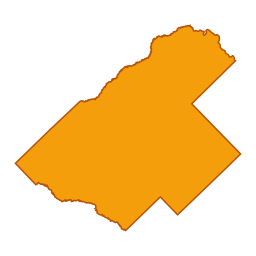 the district of Zapala, Neuquén, Argentina
{"feature_id": "61730980B1496247249680", "entity_name": "Zapala", "entity_type": "district", "adm_level": 2, "iso_a3": "ARG", "parent_name": "Argentina", "parent_adm1": "Neuquén", "projection": "albers", "projection_center": [-69.903, -38.894], "detail": "fine", "context": "isolated", "style": "filled", "palette": "amber", "viewbox_px": 256, "rotation_deg": 0, "n_neighbors": 0, "source": "geoboundaries", "source_scale": "gbopen_adm2", "svg_char_len": 5619}
<svg xmlns="http://www.w3.org/2000/svg" viewBox="0 0 256 256"><path d="M125.7,230.5L160.3,196.9L177.6,214.8L223.5,170.6L240.6,154.0L191.7,103.8L235.4,60.8L234.8,60.6L234.5,60.1L234.2,57.7L233.2,56.0L232.4,55.8L231.1,56.9L229.6,57.1L228.5,55.0L225.8,53.2L224.9,50.8L224.5,50.4L222.6,49.9L220.3,47.4L220.1,46.8L220.2,45.3L219.7,44.1L219.2,43.4L218.3,42.9L218.2,42.4L218.4,41.7L219.1,40.9L219.3,40.0L219.4,38.7L219.1,36.4L218.2,35.7L217.6,34.8L217.1,34.6L215.6,35.2L214.8,35.0L213.0,33.2L211.6,32.7L210.2,31.1L209.1,30.4L208.9,30.1L207.7,29.6L206.7,29.8L206.5,30.0L206.3,30.7L205.9,31.0L206.5,32.5L206.3,33.2L204.8,35.0L204.4,35.2L203.9,35.1L203.4,34.6L203.3,33.9L204.0,32.7L204.2,31.8L204.0,31.5L202.8,31.2L201.8,31.4L200.8,30.3L200.1,30.1L199.5,30.4L198.4,31.4L197.5,31.3L196.9,30.8L195.7,30.6L194.1,31.1L193.7,30.9L193.2,30.0L192.6,27.8L191.8,27.6L191.4,26.9L190.7,27.0L190.2,26.6L190.0,25.5L189.8,25.7L189.8,26.4L189.4,26.2L189.2,25.7L188.3,25.9L187.8,25.7L187.3,25.8L186.9,26.3L186.5,26.1L186.0,26.5L185.6,26.1L185.0,26.6L183.6,26.6L182.8,27.3L182.6,26.9L182.2,26.9L182.0,27.4L181.2,27.3L180.7,28.0L180.3,27.4L179.6,27.8L178.6,27.7L177.4,29.1L177.6,29.3L177.5,29.8L177.0,30.1L176.9,30.7L176.4,30.8L175.7,31.7L174.4,31.6L173.5,31.9L173.5,32.6L173.0,33.1L172.0,33.3L171.8,33.7L171.1,33.7L171.0,34.0L171.1,34.6L170.7,34.6L170.5,35.1L169.6,35.1L169.0,35.7L168.3,35.5L167.0,36.1L165.7,35.3L165.5,35.6L165.0,35.4L164.5,35.9L164.1,35.2L163.8,35.9L163.0,35.7L162.7,35.9L162.5,36.7L161.8,36.1L161.3,36.7L160.7,36.9L160.2,36.8L159.6,36.2L159.1,36.3L158.6,36.0L158.0,36.3L157.7,36.8L157.2,36.8L157.4,37.4L156.8,37.6L156.2,38.4L155.5,38.6L155.0,38.3L154.8,38.5L154.9,38.9L153.9,38.8L154.0,39.8L152.9,39.9L152.8,41.1L152.9,41.8L152.6,42.0L152.5,42.5L151.6,42.9L151.6,43.6L151.2,43.8L151.5,44.6L151.3,45.0L151.4,45.5L150.9,46.2L150.8,46.7L151.2,47.6L150.7,48.0L151.0,48.5L151.5,48.8L151.1,50.2L151.2,50.9L150.8,51.5L151.4,51.7L150.9,52.5L151.0,52.9L150.3,53.1L150.5,53.9L149.8,54.6L150.0,55.2L149.3,55.4L149.3,55.7L149.7,56.0L148.5,56.9L148.0,57.5L148.5,57.8L148.4,58.1L147.3,58.2L146.9,57.9L146.1,58.6L145.4,58.5L144.8,58.8L144.8,59.6L144.0,59.5L143.6,59.8L142.8,59.6L142.6,59.9L142.7,60.3L141.7,60.1L141.6,60.5L141.9,60.7L141.7,61.0L139.5,61.8L139.3,62.3L138.9,62.6L138.6,62.6L137.9,62.2L137.5,62.6L137.4,62.2L137.2,62.2L136.7,62.8L136.1,62.6L135.9,63.0L136.0,63.7L135.7,64.0L135.2,64.0L135.0,64.7L134.4,64.6L134.0,65.0L133.5,64.8L133.4,65.1L132.1,65.7L131.8,66.1L130.7,66.1L130.3,65.7L128.8,65.9L128.5,66.4L127.5,66.0L127.0,66.4L127.8,66.8L127.8,67.1L127.5,67.4L127.1,67.3L126.9,67.0L126.1,66.5L125.8,67.1L125.0,66.8L124.6,67.5L124.3,67.4L123.7,68.4L122.1,69.2L122.0,69.7L122.2,70.1L122.1,70.3L121.8,70.4L121.0,70.1L120.3,71.1L120.6,71.5L119.5,71.8L119.4,72.9L118.4,73.7L118.5,74.4L117.6,74.8L117.1,75.9L117.2,76.8L116.9,77.6L116.3,77.5L116.0,78.3L115.2,78.8L114.8,78.5L113.9,79.1L113.8,78.7L113.6,78.6L113.3,78.8L113.2,79.2L112.9,79.3L112.4,79.0L112.0,79.6L112.5,79.8L112.5,80.4L111.9,80.5L111.2,81.5L110.7,81.6L110.4,82.1L109.0,81.7L108.4,82.5L107.4,83.0L107.2,83.6L106.4,83.6L106.4,84.3L106.2,84.7L106.2,85.2L105.6,85.7L105.3,86.3L105.3,86.9L104.8,86.6L104.3,87.0L104.1,87.7L103.5,87.9L103.2,88.4L102.9,89.5L101.9,89.9L102.0,90.3L101.9,90.9L101.4,91.5L101.5,92.6L100.2,93.4L99.6,94.1L99.6,94.7L98.9,95.1L99.0,96.0L98.2,96.9L97.7,97.3L96.9,97.1L96.3,97.8L96.3,98.3L95.5,98.4L95.2,99.5L94.9,99.5L94.4,98.9L94.1,99.1L93.4,98.9L92.6,99.3L91.7,99.2L91.3,99.5L90.8,99.3L90.3,99.8L89.5,99.8L89.1,100.3L88.7,100.2L88.2,99.8L87.1,101.2L85.9,100.8L85.7,101.4L84.9,101.7L83.8,101.7L83.3,101.1L83.0,101.3L82.5,101.0L81.1,100.9L80.8,101.3L80.2,101.2L50.2,129.5L15.4,163.3L35.8,184.7L36.3,184.4L37.1,184.2L37.3,183.4L37.8,183.4L38.3,182.6L39.2,183.0L39.5,183.5L40.1,183.7L40.4,184.1L41.3,184.0L41.5,184.4L42.1,184.4L42.4,184.1L43.2,184.7L43.9,184.2L44.1,184.4L43.9,184.8L44.0,185.1L44.3,185.1L44.5,184.9L45.3,185.1L44.8,185.6L45.0,186.0L46.1,185.6L45.9,186.0L46.4,186.4L46.8,185.5L47.2,185.5L47.5,185.9L47.4,186.7L48.0,187.1L48.3,187.8L48.3,188.2L48.8,188.6L49.0,189.2L49.7,189.7L50.9,189.7L51.5,190.4L51.7,192.7L52.2,193.0L52.1,193.3L52.4,193.6L52.9,193.7L53.2,193.5L53.1,194.2L53.8,194.2L54.2,194.5L54.3,194.8L54.0,195.1L54.9,196.2L54.8,196.7L55.1,197.2L55.8,197.3L56.9,198.5L59.1,199.6L59.7,200.2L60.5,200.2L61.4,200.9L61.5,201.4L62.3,201.6L62.7,201.5L63.3,200.8L64.5,200.7L65.1,199.8L65.4,200.0L65.6,201.1L66.1,201.3L66.9,200.2L67.2,200.2L67.7,200.7L68.5,200.2L68.8,199.8L69.4,199.8L69.7,200.1L70.1,199.8L70.8,199.7L70.9,200.2L71.8,200.7L71.5,201.2L71.5,201.5L73.0,201.3L73.5,200.6L74.3,200.3L75.7,200.9L76.3,200.5L78.0,200.2L78.6,199.8L79.4,200.4L79.0,201.0L79.3,201.4L79.8,201.3L80.5,200.7L80.9,200.9L81.0,201.5L81.8,201.4L82.6,201.8L83.2,201.5L84.0,201.6L85.0,202.3L86.8,203.0L87.3,202.7L89.0,202.9L89.5,203.2L90.2,202.8L90.7,202.9L91.4,203.6L92.4,203.5L92.7,204.0L93.9,204.2L95.2,204.9L95.8,205.7L95.9,207.0L95.7,207.8L95.0,208.6L96.4,209.2L96.5,209.8L95.8,210.5L97.1,211.1L97.0,212.9L97.7,213.2L99.1,214.4L100.0,214.8L101.3,215.0L102.0,214.6L102.0,215.0L102.3,215.1L102.2,215.3L102.3,215.8L102.7,216.0L103.6,215.7L103.7,216.2L104.4,216.3L104.9,217.2L107.2,218.0L107.5,218.4L108.0,218.0L108.3,218.0L108.9,219.3L109.8,219.4L110.6,221.2L111.2,221.0L111.4,220.4L112.0,220.4L113.5,221.6L114.5,221.9L115.0,222.4L115.7,222.5L116.5,222.0L117.1,222.1L117.2,222.3L118.0,222.8L118.0,223.3L118.4,224.0L118.9,224.4L119.4,224.6L119.3,225.2L119.7,225.9L120.0,226.2L120.4,225.9L121.1,226.6L121.2,227.2L121.1,227.8L121.7,228.9L122.7,229.2L123.9,229.2L124.0,230.1L125.2,229.9L125.7,230.5Z" fill="#f59e0b" stroke="#b45309" stroke-width="1.5"/></svg>